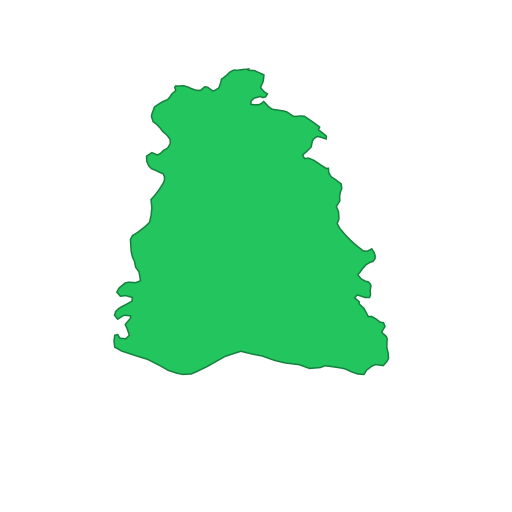 Agios Theodoros Larnakas, Larnaca, Cyprus, rotated 34°
{"feature_id": "46923920B48762989005446", "entity_name": "Agios Theodoros Larnakas", "entity_type": "district", "adm_level": 2, "iso_a3": "CYP", "parent_name": "Cyprus", "parent_adm1": "Larnaca", "projection": "equal_earth", "projection_center": [33.405, 34.782], "detail": "fine", "context": "isolated", "style": "filled", "palette": "green", "viewbox_px": 512, "rotation_deg": 34, "n_neighbors": 0, "source": "geoboundaries", "source_scale": "gbopen_adm2", "svg_char_len": 3228}
<svg xmlns="http://www.w3.org/2000/svg" viewBox="0 0 512 512"><g transform="rotate(34 256 256)"><path d="M145.4,104.9L143.3,106.9L141.7,107.9L140.3,109.3L136.6,112.5L133.6,114.3L131.4,118.3L130.6,122.6L128.5,128.8L129.7,131.8L131.0,136.5L131.0,137.9L130.7,138.6L129.2,141.8L127.9,143.3L124.5,143.3L121.7,143.1L118.9,144.3L118.7,144.8L117.4,149.8L113.5,152.1L109.8,153.1L104.7,154.1L100.7,155.3L96.6,158.6L94.4,159.8L94.2,161.4L97.0,163.9L95.9,167.6L95.6,169.2L95.6,172.9L95.2,175.8L92.3,180.2L90.9,183.2L88.5,189.2L90.2,196.2L91.3,198.8L95.6,202.2L100.0,202.4L105.0,203.5L108.9,204.9L115.1,205.7L119.6,207.4L122.1,210.8L122.4,216.1L120.3,220.0L119.4,224.5L117.7,227.4L111.9,228.5L109.4,234.4L112.4,238.5L116.4,241.1L120.4,242.1L125.0,241.1L129.6,240.5L132.8,239.7L135.8,241.4L137.9,244.8L138.4,248.1L138.6,255.1L138.6,255.3L138.2,262.2L137.4,268.0L140.7,271.8L143.0,274.7L144.6,277.8L146.3,280.9L148.9,287.7L147.8,293.0L146.5,296.9L145.9,298.9L144.7,302.6L142.2,308.0L142.6,312.5L146.8,317.9L149.9,321.9L154.0,325.8L158.0,328.2L162.5,332.6L167.7,334.5L170.2,336.9L174.1,341.2L171.0,345.5L165.1,348.9L162.5,351.6L160.4,359.2L160.8,363.8L166.0,365.2L170.2,361.7L176.7,359.5L178.4,362.9L175.0,369.5L173.2,372.8L171.6,376.2L170.7,380.5L171.9,384.3L176.6,385.8L179.6,379.0L185.5,375.7L186.7,377.7L185.9,386.0L189.4,388.0L195.3,392.5L194.4,397.4L189.1,400.3L185.3,398.4L183.2,400.7L186.0,406.1L189.9,410.6L191.0,410.5L197.9,409.9L212.8,405.7L224.0,402.3L238.5,400.5L247.1,399.9L255.4,397.6L261.4,395.2L268.3,390.0L271.2,385.5L277.5,374.6L286.5,356.5L296.7,343.5L308.5,339.1L316.9,335.5L330.0,332.1L339.4,328.6L352.5,322.0L363.2,319.3L371.6,312.6L374.6,308.4L380.5,305.4L389.1,301.3L393.3,299.7L400.0,298.6L406.4,296.9L409.4,295.2L411.8,293.8L411.5,288.6L412.0,287.6L413.4,283.0L415.9,279.1L422.8,275.7L423.5,270.1L423.1,266.7L419.7,262.4L415.9,259.0L414.7,257.3L411.3,251.8L410.0,250.4L408.8,249.8L403.3,249.1L402.6,247.5L402.4,242.3L399.0,240.0L396.0,241.4L390.7,241.1L385.8,241.4L383.0,243.4L374.7,239.0L368.6,238.1L366.9,236.1L361.4,235.6L361.6,231.8L365.2,230.6L369.5,229.5L373.3,227.0L372.7,224.2L369.8,220.6L368.2,216.8L366.7,215.4L364.0,214.7L362.8,214.8L361.4,215.6L356.4,216.2L350.9,214.7L351.3,211.0L351.4,207.6L352.1,201.8L354.0,197.6L356.1,195.0L356.2,191.7L354.7,189.2L351.9,187.0L348.0,185.3L345.6,189.8L342.0,191.9L338.8,191.5L335.6,191.4L331.1,190.9L325.6,190.1L318.0,188.5L310.5,186.4L305.2,183.8L304.0,178.8L299.6,173.1L294.9,170.1L294.7,163.5L291.7,159.4L290.0,155.1L289.4,152.1L286.2,148.5L282.6,148.5L280.4,148.2L274.1,148.3L269.8,146.3L267.0,142.8L265.2,144.1L260.8,144.3L257.9,144.3L250.6,144.3L244.7,145.5L241.7,148.1L238.2,146.2L239.5,141.3L240.8,135.2L239.9,132.5L238.4,129.2L238.5,125.9L240.0,122.6L243.8,121.1L248.7,119.8L247.4,117.3L242.7,116.8L237.1,116.5L236.7,113.5L227.2,113.1L222.0,113.1L218.0,113.1L215.2,114.6L212.0,117.2L209.4,119.1L207.3,119.3L200.9,119.3L197.4,120.5L190.2,123.9L187.3,125.3L183.1,125.2L176.0,123.6L175.4,125.9L174.1,128.6L170.1,131.6L166.9,133.1L165.2,130.1L166.2,126.2L170.2,121.5L173.2,120.8L175.0,118.6L174.9,115.2L171.1,115.3L165.6,113.9L164.2,106.8L161.3,101.4L155.0,102.5L150.9,103.2L145.8,106.3L145.4,104.9Z" fill="#22c55e" stroke="#15803d" stroke-width="1.5"/></g></svg>